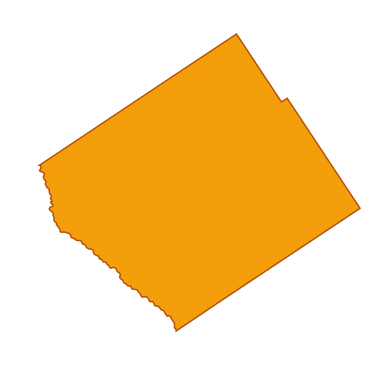 outline of Pembina, North Dakota, United States of America, rotated 146°
{"feature_id": "52423323B24684286646871", "entity_name": "Pembina", "entity_type": "district", "adm_level": 2, "iso_a3": "USA", "parent_name": "United States of America", "parent_adm1": "North Dakota", "projection": "albers", "projection_center": [-97.186, 48.772], "detail": "fine", "context": "isolated", "style": "filled", "palette": "amber", "viewbox_px": 384, "rotation_deg": 146, "n_neighbors": 0, "source": "geoboundaries", "source_scale": "gbopen_adm2", "svg_char_len": 2495}
<svg xmlns="http://www.w3.org/2000/svg" viewBox="0 0 384 384"><g transform="rotate(146 192 192)"><path d="M66.8,298.1L147.5,298.7L303.6,299.5L303.0,298.9L303.2,297.5L303.3,296.9L303.7,296.4L305.3,295.5L306.0,295.4L306.3,294.9L306.4,294.2L305.9,293.2L305.1,292.7L304.5,291.9L304.4,291.3L304.4,289.4L304.8,288.6L306.6,287.8L307.2,286.7L307.4,285.7L307.4,284.3L307.2,283.4L307.2,282.2L307.6,281.5L308.6,281.3L309.0,280.9L309.3,280.3L309.7,276.9L309.5,276.1L308.9,275.2L309.0,274.0L309.3,273.4L309.9,272.6L310.7,270.7L311.0,269.2L310.7,268.3L310.9,266.9L311.3,266.5L312.3,266.4L312.8,266.1L313.0,264.9L312.8,263.7L313.2,262.8L314.6,262.9L314.9,262.6L315.1,261.8L315.0,260.8L314.5,260.1L314.5,259.1L314.7,258.8L316.1,258.1L317.9,258.7L318.9,258.5L319.6,258.0L319.9,257.4L319.9,256.6L319.5,254.5L318.8,252.6L319.0,251.9L320.1,250.4L320.7,248.1L321.1,247.2L321.9,246.4L322.3,245.3L322.3,243.7L321.7,242.4L322.0,241.5L322.5,240.9L322.5,239.3L322.3,235.5L322.5,234.7L323.2,233.4L323.3,232.9L323.2,232.3L322.9,231.8L319.8,229.9L316.8,225.7L316.6,224.4L317.2,223.6L317.5,221.6L315.9,219.6L315.0,217.0L314.3,216.1L311.9,214.2L311.5,213.6L311.3,213.0L311.6,212.1L311.7,210.4L311.6,209.8L310.4,208.8L310.2,208.2L310.3,204.2L309.1,202.2L307.0,200.4L306.7,199.9L306.6,199.1L307.8,196.2L307.8,195.1L306.2,192.1L305.8,191.7L305.5,191.2L305.4,190.7L305.5,190.1L305.8,189.7L306.0,188.1L305.8,187.7L304.9,187.1L304.6,186.7L304.6,185.0L304.8,183.9L304.5,183.4L303.6,183.1L303.0,182.6L302.9,181.6L302.8,179.5L302.1,177.5L302.1,176.8L302.5,175.9L302.5,175.4L302.2,174.8L301.3,174.1L299.6,173.6L298.7,172.7L298.2,171.9L297.8,170.6L298.5,167.7L297.5,165.7L297.5,164.0L297.7,163.2L299.1,162.4L299.6,161.9L299.7,161.4L299.5,159.4L298.6,157.6L298.7,157.0L299.1,156.0L299.1,154.5L298.1,152.7L297.8,150.5L297.1,149.5L296.1,149.0L295.6,148.4L295.5,147.7L296.0,145.5L295.9,145.0L295.4,144.4L294.6,144.0L292.3,141.7L292.0,140.9L292.3,139.6L292.3,138.7L291.7,136.7L292.2,135.4L292.3,133.3L292.0,132.6L289.3,131.3L288.4,130.5L287.8,128.8L287.8,128.0L288.3,126.1L288.2,124.8L287.7,124.1L286.1,123.4L285.8,122.3L285.8,121.0L286.3,119.7L286.3,118.6L285.9,117.7L284.1,116.6L283.6,114.5L283.4,112.2L283.1,111.1L281.8,109.7L281.8,109.0L282.2,105.4L282.2,104.1L282.0,103.4L281.7,102.7L280.2,102.1L279.7,101.5L279.6,100.5L280.0,97.5L279.9,94.0L280.2,92.5L281.2,91.0L282.2,89.9L282.4,89.0L282.0,87.7L282.0,87.2L282.9,85.6L226.6,85.6L61.8,84.5L60.7,216.5L67.5,216.6L66.8,298.1Z" fill="#f59e0b" stroke="#b45309" stroke-width="1.5"/></g></svg>